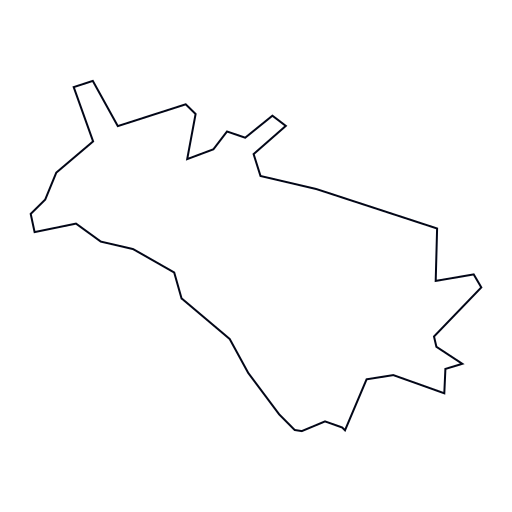 the district of Bulakbashi, Andijon, Uzbekistan
{"feature_id": "79887680B25262696508510", "entity_name": "Bulakbashi", "entity_type": "district", "adm_level": 2, "iso_a3": "UZB", "parent_name": "Uzbekistan", "parent_adm1": "Andijon", "projection": "mercator", "projection_center": [72.458, 40.641], "detail": "fine", "context": "isolated", "style": "outline", "palette": "ink", "viewbox_px": 512, "rotation_deg": 0, "n_neighbors": 0, "source": "geoboundaries", "source_scale": "gbopen_adm2", "svg_char_len": 655}
<svg xmlns="http://www.w3.org/2000/svg" viewBox="0 0 512 512"><path d="M73.7,87.1L93.1,141.4L56.3,172.6L45.2,199.6L30.7,213.9L34.6,232.1L76.0,223.6L100.8,241.6L133.1,249.1L174.2,272.5L181.6,298.6L182.3,299.0L229.7,339.0L248.2,372.9L279.2,414.4L294.7,430.0L301.8,431.1L325.0,421.4L342.2,427.5L345.0,430.3L366.6,379.3L393.3,375.1L444.3,393.3L445.4,368.9L462.3,363.8L436.4,346.8L434.0,336.5L481.3,287.4L473.7,274.4L435.7,280.9L437.1,228.5L316.5,189.1L260.5,176.0L253.6,154.1L285.8,125.9L272.4,115.7L245.2,137.7L227.0,131.5L213.4,149.3L187.2,159.1L195.6,114.0L185.7,104.3L117.8,126.1L92.8,80.9L73.7,87.1Z" fill="none" stroke="#020617" stroke-width="2"/></svg>